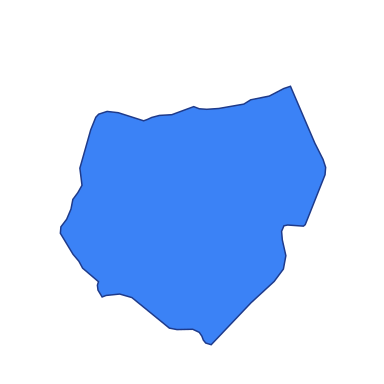 the border of Oudalan, rotated 112°
{"feature_id": "BFA-2805", "entity_name": "Oudalan", "entity_type": "Province", "adm_level": 1, "iso_a3": "BFA", "parent_name": "Burkina Faso", "parent_adm1": "", "projection": "natural_earth1", "projection_center": [-0.325, 14.611], "detail": "fine", "context": "isolated", "style": "filled", "palette": "blue", "viewbox_px": 384, "rotation_deg": 112, "n_neighbors": 0, "source": "natural_earth", "source_scale": "10m", "svg_char_len": 904}
<svg xmlns="http://www.w3.org/2000/svg" viewBox="0 0 384 384"><g transform="rotate(112 192 192)"><path d="M179.9,74.8L181.9,75.9L186.8,91.0L188.9,94.1L194.9,94.2L202.6,90.3L215.9,81.1L229.2,78.4L244.1,82.3L272.6,95.8L326.4,117.0L326.9,122.7L325.0,126.1L322.0,128.8L319.4,132.7L319.0,139.9L325.2,154.4L326.7,162.0L312.4,208.2L313.7,220.8L320.1,232.9L323.0,236.0L318.2,242.4L313.9,244.8L310.2,245.1L303.6,264.9L298.6,270.9L294.3,279.0L279.6,298.6L273.4,300.5L264.2,298.0L253.2,297.8L243.5,299.7L235.4,297.6L227.0,296.5L211.9,304.9L172.2,309.2L158.7,309.2L154.8,307.7L149.1,300.9L146.1,290.1L144.1,263.5L141.4,260.5L138.0,257.3L133.2,250.9L127.9,239.7L112.2,222.4L112.1,216.4L109.8,209.3L104.5,198.4L91.1,176.9L84.4,172.0L74.1,156.3L61.7,145.7L57.1,140.3L101.3,95.8L101.3,95.7L112.7,82.7L115.2,80.6L119.1,77.3L126.2,75.1L173.0,74.8L179.9,74.8Z" fill="#3b82f6" stroke="#1e3a8a" stroke-width="1.5"/></g></svg>